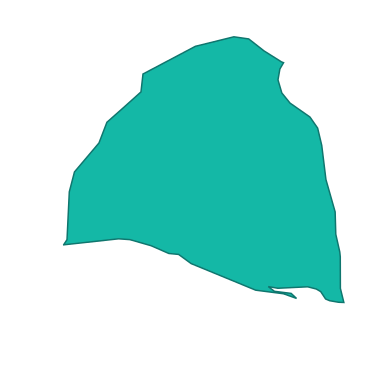 An Nuqat al Khams, Equal Earth projection, rotated 167°
{"feature_id": "LBY-2974", "entity_name": "An Nuqat al Khams", "entity_type": "Municipality", "adm_level": 1, "iso_a3": "LBY", "parent_name": "Libya", "parent_adm1": "", "projection": "equal_earth", "projection_center": [11.821, 32.743], "detail": "fine", "context": "isolated", "style": "filled", "palette": "teal", "viewbox_px": 384, "rotation_deg": 167, "n_neighbors": 0, "source": "natural_earth", "source_scale": "10m", "svg_char_len": 732}
<svg xmlns="http://www.w3.org/2000/svg" viewBox="0 0 384 384"><g transform="rotate(167 192 192)"><path d="M73.7,297.4L78.7,292.1L83.0,281.9L82.2,268.3L76.5,256.6L60.2,238.5L55.2,226.0L55.1,208.2L58.7,174.0L57.0,140.4L61.4,118.5L61.5,100.4L62.1,95.5L69.1,64.7L68.9,50.2L74.0,51.6L82.3,55.1L85.9,57.7L89.0,66.0L92.7,69.5L100.6,73.6L130.0,78.9L139.0,82.7L134.0,76.7L118.2,70.9L114.1,64.8L125.8,72.3L152.0,82.0L208.9,122.4L219.1,134.2L228.4,137.3L244.0,148.9L263.3,159.6L274.1,162.9L328.9,169.4L328.9,169.5L324.5,173.7L311.5,219.8L302.0,238.0L271.6,260.7L259.2,279.1L240.2,289.4L219.2,301.0L213.2,318.0L155.9,333.2L116.3,333.8L102.3,328.4L90.1,313.3L75.6,298.7L73.7,297.4Z" fill="#14b8a6" stroke="#0f766e" stroke-width="1.5"/></g></svg>